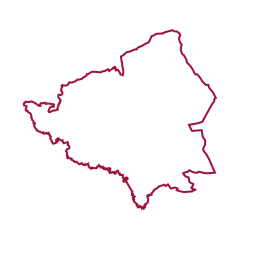 Phrom Phiram, Phitsanulok, Thailand, rotated 343°
{"feature_id": "78962969B88241581512503", "entity_name": "Phrom Phiram", "entity_type": "district", "adm_level": 2, "iso_a3": "THA", "parent_name": "Thailand", "parent_adm1": "Phitsanulok", "projection": "mercator", "projection_center": [100.076, 17.065], "detail": "fine", "context": "isolated", "style": "outline", "palette": "rose", "viewbox_px": 256, "rotation_deg": 343, "n_neighbors": 0, "source": "geoboundaries", "source_scale": "gbopen_adm2", "svg_char_len": 5743}
<svg xmlns="http://www.w3.org/2000/svg" viewBox="0 0 256 256"><g transform="rotate(343 128 128)"><path d="M119.3,209.8L119.8,209.2L119.8,208.8L120.3,209.1L120.8,208.9L120.6,208.4L121.1,208.3L120.9,207.9L121.2,207.6L120.7,207.3L121.5,206.1L122.2,205.9L122.3,206.3L122.7,206.5L123.0,205.8L124.7,205.3L125.3,204.6L126.3,202.5L126.6,201.2L126.4,200.0L126.8,199.5L126.4,198.9L127.6,197.9L128.2,198.0L128.8,198.8L129.6,198.2L131.0,198.8L131.6,197.2L134.0,196.0L134.1,195.3L134.8,195.1L135.4,194.5L137.2,194.4L139.6,193.3L139.8,193.5L140.4,192.9L146.3,192.9L147.2,194.6L149.7,193.6L151.3,198.5L155.5,198.6L157.7,200.4L156.4,201.8L161.1,204.8L163.1,205.7L170.7,207.4L171.2,206.6L172.6,207.1L174.1,206.7L171.1,203.7L173.6,201.7L174.0,200.6L172.1,199.0L171.1,197.5L170.9,196.9L171.4,194.9L171.5,193.0L169.6,191.8L168.3,190.1L167.5,187.7L167.7,187.3L169.7,187.1L171.7,187.4L173.6,186.8L173.9,186.3L174.3,186.4L177.5,189.4L178.9,190.2L181.3,191.1L182.9,190.4L186.6,192.7L190.5,194.5L198.1,196.1L196.4,181.4L195.3,176.3L193.8,172.6L193.6,170.6L194.0,169.6L196.8,166.5L198.0,163.1L198.1,162.2L196.9,158.3L197.8,151.6L188.6,149.6L188.2,149.0L187.2,142.8L195.4,143.8L200.7,143.9L215.0,130.1L218.1,127.8L219.3,125.4L220.8,124.9L219.7,118.9L217.4,113.1L217.3,111.8L217.5,110.4L215.7,109.8L214.7,109.1L212.6,104.9L212.1,102.2L210.2,97.4L209.6,96.8L208.2,96.4L207.4,94.3L207.4,92.9L206.1,87.8L203.5,82.4L203.8,79.8L203.6,78.5L202.6,74.4L201.7,73.5L201.3,72.2L201.3,68.8L202.5,65.9L203.7,64.0L202.7,61.0L202.8,58.3L203.5,56.1L205.1,54.7L205.1,54.0L204.9,52.7L203.2,50.2L200.3,48.9L199.0,47.5L191.4,47.2L190.4,47.5L189.0,47.4L188.8,47.8L182.8,46.2L178.7,47.2L177.6,47.0L172.9,52.2L169.3,52.5L165.4,53.6L161.0,53.9L159.5,55.3L156.9,54.8L152.9,55.4L149.2,55.2L147.8,55.5L144.9,57.0L142.1,57.6L141.4,62.0L141.4,64.6L140.6,66.5L140.6,68.8L139.9,73.4L138.4,76.0L136.5,74.5L136.0,71.1L135.2,69.3L134.4,68.9L133.6,69.6L133.3,69.5L133.1,68.6L133.7,66.5L133.3,65.6L131.6,66.0L131.6,66.7L129.4,67.0L126.6,68.0L126.3,66.4L125.9,66.4L125.8,66.0L122.4,66.7L119.8,66.4L117.9,66.8L113.9,65.0L109.9,63.7L104.7,64.9L104.4,64.6L103.7,65.6L100.8,66.6L99.6,66.6L98.8,67.3L97.8,67.5L95.0,67.4L94.7,67.1L93.6,67.0L91.7,67.8L88.5,68.1L87.1,68.0L85.3,67.1L83.1,69.1L81.7,69.4L79.2,68.7L78.0,67.9L77.2,67.9L76.9,68.1L77.3,68.9L77.2,69.4L76.2,70.2L74.9,72.6L75.5,73.7L75.6,75.5L74.4,76.8L73.0,76.7L71.7,75.9L71.0,76.2L70.4,77.8L70.8,79.4L71.7,81.3L71.3,81.6L71.5,82.1L70.7,83.1L70.6,83.6L69.8,83.7L69.8,84.3L68.9,84.6L68.8,85.1L68.4,85.3L68.4,85.9L67.2,86.9L66.4,88.6L66.2,89.8L65.5,89.4L63.9,90.0L60.7,89.4L58.2,90.0L57.2,89.7L56.9,88.9L57.4,87.8L59.4,85.6L61.5,85.2L62.7,85.9L63.4,85.7L64.0,84.0L63.6,83.3L62.0,83.0L60.3,81.8L58.2,81.1L56.4,81.0L56.5,79.9L55.3,79.3L53.7,79.6L52.4,78.8L51.7,78.9L50.7,79.7L50.9,81.2L49.8,81.0L48.3,79.7L47.5,78.0L46.5,77.4L45.8,76.2L44.3,75.2L43.6,74.3L40.4,74.2L37.9,72.9L37.0,73.2L36.7,73.9L35.7,74.0L35.4,74.4L35.2,76.0L37.3,77.4L36.9,78.8L35.9,79.3L35.5,81.2L35.8,81.9L37.0,82.1L36.9,83.4L39.0,85.5L39.2,88.4L38.5,89.6L38.9,90.9L38.5,92.0L39.0,92.6L39.7,94.2L38.9,95.8L39.1,96.1L40.3,96.3L40.1,96.8L39.2,97.4L38.9,99.1L39.1,100.4L40.0,102.1L40.0,103.6L41.0,104.1L41.6,105.4L42.5,105.6L43.8,107.1L44.5,107.2L44.9,107.7L45.7,107.5L45.6,108.6L45.9,108.9L47.7,109.1L48.3,108.7L49.4,109.9L50.3,109.3L50.7,109.4L50.6,110.2L50.1,110.6L51.1,111.6L50.8,112.5L51.5,113.1L51.6,114.0L51.0,114.4L50.9,115.1L50.5,115.6L51.0,116.6L51.3,118.1L50.9,118.6L51.6,119.5L51.5,120.1L51.9,121.2L53.3,121.1L54.0,121.3L54.9,120.5L55.6,121.0L56.2,120.3L55.8,119.6L55.8,118.3L56.4,118.3L57.4,119.3L57.5,118.6L57.8,118.0L57.6,117.6L58.1,117.4L58.7,118.0L58.7,118.8L59.5,119.2L61.0,120.9L61.8,120.7L61.7,122.4L62.1,123.8L66.1,123.9L66.1,125.5L65.4,126.4L66.4,127.9L66.2,129.9L65.4,130.5L64.0,130.4L63.1,130.8L62.5,131.8L62.0,132.0L62.5,133.0L62.3,133.5L62.5,133.9L61.9,135.2L62.0,136.3L61.6,136.4L61.9,137.4L61.6,137.7L62.0,138.0L61.5,138.3L61.9,138.8L61.6,139.2L63.3,139.7L64.0,140.6L64.8,140.7L64.6,141.6L65.2,141.7L65.3,142.6L66.4,143.3L66.5,143.7L66.9,144.1L66.9,144.7L67.4,145.1L68.1,145.0L69.1,145.4L69.6,146.9L70.4,147.6L70.7,148.3L72.6,148.4L73.2,148.0L73.8,148.3L73.9,149.2L74.7,150.5L75.4,150.3L76.0,150.9L76.5,150.7L76.1,150.2L76.3,150.0L77.5,150.9L79.3,150.5L78.8,151.4L79.4,152.0L79.2,153.4L79.6,154.0L79.4,154.5L80.4,155.2L80.9,156.2L81.2,156.0L81.0,155.3L82.1,155.3L82.2,156.1L84.1,156.3L85.9,157.3L87.0,156.8L87.3,155.8L88.5,155.9L89.3,155.0L89.8,155.6L89.8,156.3L90.7,156.9L90.4,157.6L92.6,157.7L92.6,158.2L91.8,158.4L91.8,158.8L93.0,159.7L93.3,159.0L93.6,159.0L93.9,159.5L93.4,160.2L94.1,160.3L94.3,161.0L94.9,161.1L95.2,160.3L95.5,160.3L95.9,161.6L96.7,161.8L96.8,162.5L97.3,161.9L97.5,160.7L98.6,160.9L99.2,162.1L98.6,162.7L98.5,163.6L97.4,165.1L97.4,165.7L99.3,165.8L99.7,165.6L100.1,165.9L100.5,165.7L101.2,166.6L102.1,166.1L102.3,166.5L102.0,167.0L102.0,167.8L102.3,168.0L103.3,167.4L104.3,166.0L105.9,165.8L106.1,166.5L105.7,168.3L106.0,169.1L106.9,169.2L106.7,170.7L109.1,171.2L109.5,171.6L108.4,173.8L108.9,174.9L109.9,175.4L110.6,174.8L111.3,175.2L112.0,174.8L112.5,175.1L112.9,176.3L112.2,176.9L111.6,176.6L110.9,176.8L110.3,176.4L108.7,176.5L107.9,177.3L108.1,177.8L109.0,178.4L110.7,178.4L113.3,189.9L113.6,190.2L112.8,191.0L113.4,192.6L112.4,192.7L112.2,193.1L113.3,193.8L113.6,194.6L114.4,195.6L113.9,195.8L112.7,195.1L112.2,195.5L113.1,197.0L112.9,197.3L111.9,197.8L112.0,198.2L112.8,198.6L112.2,200.2L113.1,201.3L113.4,202.3L114.5,203.5L114.4,203.8L113.7,204.3L114.1,205.1L114.1,205.9L114.6,205.9L115.0,205.1L115.6,205.7L115.5,206.3L114.7,206.5L114.6,206.9L115.6,207.2L116.0,206.7L117.1,206.5L117.1,207.3L117.7,207.6L117.7,208.4L118.4,207.7L118.8,207.8L118.8,208.3L118.3,208.9L119.3,209.8Z" fill="none" stroke="#9f1239" stroke-width="2"/></g></svg>